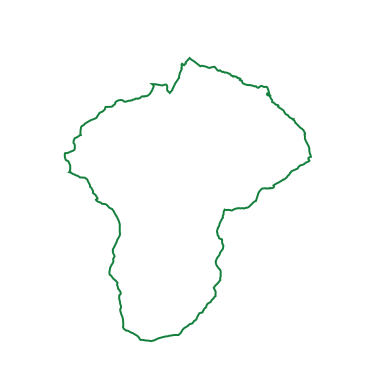 outline of Stoenesti, Arges, Romania, rotated 150°
{"feature_id": "2599482B20714759843638", "entity_name": "Stoenesti", "entity_type": "district", "adm_level": 2, "iso_a3": "ROU", "parent_name": "Romania", "parent_adm1": "Arges", "projection": "equal_earth", "projection_center": [25.234, 45.276], "detail": "fine", "context": "isolated", "style": "outline", "palette": "green", "viewbox_px": 384, "rotation_deg": 150, "n_neighbors": 0, "source": "geoboundaries", "source_scale": "gbopen_adm2", "svg_char_len": 5971}
<svg xmlns="http://www.w3.org/2000/svg" viewBox="0 0 384 384"><g transform="rotate(150 192 192)"><path d="M224.5,308.8L226.2,307.1L229.1,306.4L232.4,306.8L237.8,304.0L239.7,304.1L243.7,304.8L248.0,304.8L250.6,304.7L252.2,304.1L253.8,304.2L255.2,303.9L255.7,303.6L257.6,301.2L258.9,299.2L259.7,298.0L259.8,296.9L260.7,297.2L263.7,296.9L266.6,297.2L267.0,297.0L268.6,295.8L269.3,295.0L270.1,293.6L269.9,292.3L270.1,291.1L271.5,288.7L272.6,287.4L273.7,287.2L280.1,288.0L280.8,288.1L281.9,288.9L282.7,289.0L283.9,287.4L284.7,285.7L285.3,283.0L285.1,282.5L283.7,280.4L284.2,276.0L285.8,273.0L287.0,271.5L287.1,270.8L288.4,270.6L287.5,269.6L285.9,266.9L285.0,265.9L284.3,264.7L282.6,262.7L281.9,260.8L277.7,258.0L276.4,255.2L276.7,253.7L276.9,249.4L277.1,248.5L277.7,247.3L277.3,246.5L277.1,245.7L277.2,242.2L277.9,241.3L278.2,240.6L278.0,240.0L277.3,238.4L277.0,237.4L277.0,233.6L277.2,233.4L279.0,233.4L279.1,232.8L278.8,231.7L278.0,230.3L276.2,228.3L275.9,226.8L274.2,225.7L272.7,224.4L271.9,222.1L271.6,220.0L270.7,218.5L269.8,217.5L269.4,214.8L269.6,212.3L269.5,207.0L269.9,203.5L270.7,200.1L273.8,194.9L275.8,190.9L277.9,189.4L280.4,188.1L282.3,186.4L286.9,183.2L289.3,181.9L289.9,180.6L290.7,179.3L290.9,177.7L291.0,175.8L291.3,174.9L293.8,173.4L294.7,171.4L295.2,170.7L297.2,169.5L299.0,168.6L300.7,167.3L303.6,163.9L304.5,162.1L304.6,161.6L303.9,160.1L303.5,156.3L302.4,153.3L301.9,151.0L302.1,150.3L302.9,149.7L303.2,149.2L303.5,148.5L303.6,147.2L304.3,145.4L303.9,142.7L304.0,140.7L304.4,139.8L304.9,139.3L306.7,138.8L307.2,138.1L307.7,137.0L308.3,136.3L309.2,133.2L310.1,131.0L310.6,128.5L311.8,126.9L312.7,126.5L313.4,125.3L314.3,121.8L314.9,118.0L315.6,115.9L317.9,111.3L318.6,110.3L319.2,109.8L319.4,109.2L319.4,107.5L318.4,105.0L317.6,104.6L316.4,103.3L315.7,101.8L314.5,100.1L313.9,99.5L311.3,94.8L310.7,92.4L310.8,90.7L310.6,89.8L308.9,88.7L305.8,86.2L304.1,85.1L302.0,83.3L298.8,82.4L294.3,82.1L287.3,80.2L285.2,79.2L283.8,78.9L279.0,77.1L276.2,75.5L275.2,74.8L274.1,75.2L272.6,75.4L268.8,77.5L267.0,78.0L262.7,78.1L260.2,78.7L257.4,78.0L256.2,78.6L255.3,78.8L254.7,79.3L252.9,79.2L251.6,79.7L250.4,80.8L246.4,83.3L244.5,82.9L243.2,82.4L241.6,83.8L241.1,83.8L240.0,84.6L238.7,85.0L237.4,85.1L236.4,86.3L234.8,87.3L233.3,87.5L230.9,87.4L228.6,88.7L226.6,89.1L224.7,90.0L223.7,90.0L222.4,92.3L221.6,93.4L221.3,94.1L221.1,98.1L218.9,99.2L215.3,100.1L211.5,101.6L211.3,101.9L211.3,102.1L211.1,102.7L208.8,105.3L208.5,106.3L207.1,108.4L206.5,110.2L206.6,111.0L207.0,112.1L207.4,116.0L207.2,117.4L206.7,119.0L206.0,120.2L204.8,121.2L202.3,122.8L201.6,122.9L199.7,123.8L197.8,125.5L193.7,127.3L191.7,129.7L191.4,132.8L189.8,135.6L189.8,136.1L191.4,137.9L191.6,138.4L191.1,140.9L191.4,141.6L191.1,142.5L190.6,143.4L190.4,144.7L190.1,145.3L188.6,147.0L187.8,147.5L187.5,148.1L185.7,148.9L184.7,149.8L184.3,150.5L182.2,152.0L181.4,152.6L180.4,153.0L179.7,153.7L178.2,154.2L177.9,154.4L177.7,155.4L177.2,156.0L175.9,156.8L174.8,158.6L174.1,159.3L172.5,160.4L172.0,159.7L171.2,159.2L169.5,158.4L169.1,158.0L168.6,157.7L166.7,156.0L165.9,156.1L162.3,155.7L159.3,154.5L158.2,153.6L156.2,152.7L155.3,151.7L154.2,151.6L151.6,150.7L150.0,150.7L143.6,152.4L142.1,152.5L141.2,152.2L134.8,158.0L133.4,158.8L130.1,159.9L129.7,159.9L127.4,159.0L126.8,158.7L126.6,158.3L123.8,156.7L123.4,156.5L122.7,156.7L122.3,156.5L122.0,155.9L121.5,155.6L119.3,155.1L118.5,155.4L118.1,156.2L118.1,157.0L114.4,157.1L112.2,156.9L107.7,157.0L106.9,157.2L106.4,156.8L104.8,156.9L102.5,157.3L101.1,158.1L99.4,158.4L98.4,158.8L97.7,159.4L96.8,159.5L96.1,160.0L95.0,160.2L88.9,159.5L88.3,159.7L87.5,160.4L84.7,160.9L83.2,160.4L81.2,160.1L78.8,160.5L75.2,160.1L74.6,160.5L74.7,162.4L74.4,163.1L73.8,163.3L71.8,163.3L71.4,163.1L70.8,165.2L70.6,166.7L69.6,169.5L68.8,170.7L68.1,173.2L67.9,179.3L67.6,180.8L67.7,181.2L67.1,182.6L66.3,183.8L65.8,185.5L65.3,185.6L65.2,186.0L64.9,186.0L64.7,187.0L64.6,189.8L65.1,191.6L66.1,193.7L67.6,199.6L67.9,200.1L67.7,201.0L67.7,202.7L68.1,203.5L67.5,204.2L68.5,204.7L68.8,205.7L70.0,207.5L70.4,208.9L70.6,210.7L71.9,212.5L72.1,214.1L72.0,216.9L73.5,220.1L74.1,220.9L74.5,222.4L74.9,222.9L74.0,223.6L74.1,224.0L74.2,224.4L75.6,225.6L76.0,226.5L76.3,227.7L76.7,228.7L77.6,229.8L76.8,231.1L76.7,232.2L77.0,233.8L76.7,235.4L76.7,235.7L76.1,236.1L76.4,236.7L76.9,237.2L77.7,237.4L78.1,238.0L78.3,238.5L78.3,239.1L77.6,239.7L77.1,239.7L76.4,239.2L75.9,238.5L74.8,242.7L74.5,245.0L75.2,246.1L77.0,246.8L78.7,249.1L79.5,249.4L82.5,249.1L82.9,249.4L83.4,250.3L83.8,251.6L85.2,252.3L86.5,254.1L87.6,254.7L88.3,255.7L90.0,256.5L92.5,259.0L93.1,260.1L93.5,260.5L93.7,261.1L93.5,262.4L93.2,262.9L93.3,263.8L94.0,264.1L94.5,264.9L94.1,265.1L94.0,265.6L93.6,266.0L94.2,266.9L94.7,267.0L95.5,267.8L95.3,268.3L95.8,269.1L96.0,269.8L96.7,270.1L97.3,270.9L97.8,271.3L98.6,271.3L98.6,272.0L99.9,273.4L99.9,274.6L100.4,275.8L101.2,276.4L101.5,277.3L103.4,278.9L103.9,279.0L104.7,280.4L105.6,280.7L106.0,281.3L106.9,283.4L107.3,283.3L108.1,283.5L109.0,284.4L109.8,289.0L111.2,289.8L115.0,290.8L115.9,291.6L116.4,292.6L117.5,293.9L120.5,296.5L121.9,296.7L124.8,304.0L126.5,307.2L127.1,309.2L132.8,307.4L133.1,306.4L135.5,305.8L136.5,308.0L137.4,307.4L138.3,305.4L139.2,304.8L139.2,303.8L143.3,300.9L144.0,300.0L145.4,298.6L146.1,297.2L147.4,296.9L148.7,296.1L152.3,294.4L154.5,292.8L157.5,290.9L157.9,290.2L161.7,288.9L162.0,290.1L162.4,291.2L162.6,292.8L160.6,295.8L160.5,297.6L160.8,298.1L162.0,298.6L164.6,299.2L169.9,303.7L172.6,305.4L172.0,303.5L172.2,302.8L173.6,301.5L174.2,301.3L175.0,300.5L176.4,299.6L179.5,298.0L181.8,297.6L183.6,297.8L184.8,298.6L185.9,298.6L186.5,299.4L187.7,299.8L189.9,299.4L190.9,299.7L191.5,299.5L192.0,299.7L194.1,301.1L195.6,300.9L197.1,301.5L198.3,301.4L198.9,301.8L199.6,301.8L200.6,302.5L204.4,303.4L205.5,304.2L206.0,305.7L206.6,306.5L207.6,307.2L209.3,308.0L211.9,308.3L213.4,308.0L214.0,307.6L214.2,307.0L215.3,306.5L217.0,306.4L217.7,306.0L218.9,306.0L222.8,308.0L223.8,308.7L224.5,308.8Z" fill="none" stroke="#15803d" stroke-width="2"/></g></svg>